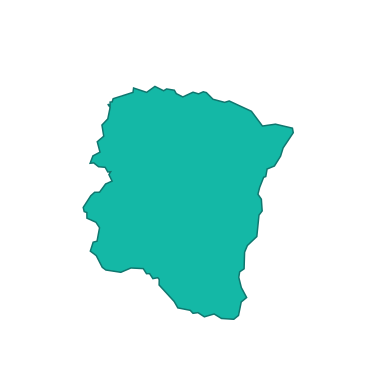 Demir Hisar, Demir Hisar, North Macedonia, rotated 227°
{"feature_id": "65306769B51033238442002", "entity_name": "Demir Hisar", "entity_type": "district", "adm_level": 2, "iso_a3": "MKD", "parent_name": "North Macedonia", "parent_adm1": "Demir Hisar", "projection": "robinson", "projection_center": [21.142, 41.259], "detail": "fine", "context": "isolated", "style": "filled", "palette": "teal", "viewbox_px": 384, "rotation_deg": 227, "n_neighbors": 0, "source": "geoboundaries", "source_scale": "gbopen_adm2", "svg_char_len": 1327}
<svg xmlns="http://www.w3.org/2000/svg" viewBox="0 0 384 384"><g transform="rotate(227 192 192)"><path d="M115.2,206.8L115.2,209.0L129.4,225.2L130.3,230.4L139.4,237.8L145.4,238.7L149.2,244.6L153.9,254.4L153.0,256.5L157.6,262.6L154.8,270.0L157.8,281.2L162.1,288.7L166.3,306.5L170.2,309.0L184.7,299.3L192.2,288.5L210.5,290.5L233.2,281.3L235.3,277.0L245.5,270.6L254.9,270.3L257.6,268.6L259.3,263.7L264.3,260.8L267.8,250.1L274.7,247.6L278.5,248.5L284.7,243.7L285.4,240.3L294.5,236.9L295.8,226.8L307.9,220.2L305.1,216.8L314.0,198.0L312.4,195.1L313.6,193.4L311.1,191.0L313.7,190.3L309.7,189.8L302.9,180.3L302.4,171.8L293.0,165.5L293.4,157.0L283.9,151.9L286.0,144.2L282.5,137.1L280.3,140.0L274.2,140.9L269.3,145.3L264.0,144.1L262.3,146.3L261.4,143.1L254.5,141.0L256.8,134.3L254.9,124.2L258.2,120.6L258.3,115.4L254.9,101.9L251.2,99.8L248.7,101.1L244.5,97.3L235.4,101.1L228.9,100.0L220.8,89.0L222.7,85.5L218.1,77.3L210.8,78.6L198.1,75.0L193.7,75.8L181.8,85.2L178.1,95.5L169.2,104.1L163.3,103.0L161.2,105.3L155.3,104.3L152.7,108.5L150.4,108.4L146.4,104.5L124.1,104.3L116.9,102.6L106.7,110.0L102.6,110.0L99.7,114.1L92.3,115.9L87.7,125.0L79.4,127.3L70.4,135.8L70.0,141.8L78.0,153.0L77.6,160.0L88.5,162.9L97.7,168.0L101.1,172.4L100.3,177.7L112.1,189.4L115.1,196.0L115.2,206.8Z" fill="#14b8a6" stroke="#0f766e" stroke-width="1.5"/></g></svg>